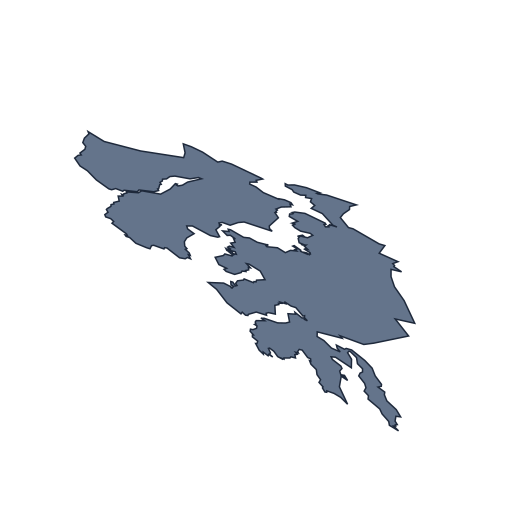 Lenvik nor, Troms, Norway, rotated 207°
{"feature_id": "86288312B95435650072468", "entity_name": "Lenvik nor", "entity_type": "district", "adm_level": 2, "iso_a3": "NOR", "parent_name": "Norway", "parent_adm1": "Troms", "projection": "equal_earth", "projection_center": [17.855, 69.38], "detail": "fine", "context": "isolated", "style": "filled", "palette": "slate", "viewbox_px": 512, "rotation_deg": 207, "n_neighbors": 0, "source": "geoboundaries", "source_scale": "gbopen_adm2", "svg_char_len": 6146}
<svg xmlns="http://www.w3.org/2000/svg" viewBox="0 0 512 512"><g transform="rotate(207 256 256)"><path d="M189.8,347.1L220.7,342.4L228.9,339.4L230.2,339.4L227.7,341.3L242.0,339.8L253.9,336.8L259.9,333.7L262.8,333.7L261.6,331.6L253.9,331.5L251.4,330.1L243.9,330.5L239.2,332.7L238.4,330.6L232.5,332.4L232.1,329.0L226.6,327.7L228.4,323.5L216.1,323.9L201.4,318.3L197.0,318.6L205.4,317.2L203.6,317.0L205.4,315.8L204.4,315.0L207.4,313.5L209.7,314.9L208.1,315.9L209.2,316.7L231.7,316.2L241.4,312.8L243.2,311.4L242.1,311.5L242.3,310.3L245.1,308.7L244.3,306.3L234.6,305.8L238.6,301.8L235.6,302.6L237.6,301.6L236.0,301.5L237.4,300.0L234.3,298.9L227.5,298.4L218.0,300.8L214.8,300.2L218.3,295.7L223.5,294.4L222.5,295.4L224.0,295.7L228.0,292.5L225.9,293.0L226.4,290.8L223.6,287.4L220.0,287.7L220.7,287.1L219.8,286.8L216.4,288.4L217.3,286.7L213.0,285.4L214.4,285.0L213.4,284.3L215.1,284.5L215.9,284.3L216.0,284.1L209.3,283.5L208.5,282.6L210.1,281.7L208.8,281.6L208.3,281.3L212.1,281.8L213.3,281.5L211.5,281.0L211.4,280.9L218.4,280.4L218.7,281.4L226.7,282.6L227.7,281.5L223.3,281.2L222.7,280.4L224.2,279.4L222.1,278.9L227.8,276.7L231.4,272.3L240.6,273.1L250.5,269.2L251.8,269.7L250.4,271.0L250.5,271.3L251.0,271.4L251.3,271.4L250.5,271.2L261.2,268.8L270.0,269.1L275.5,267.0L290.6,267.8L292.9,267.2L291.1,265.6L297.1,263.2L291.0,261.2L288.3,262.8L282.1,261.9L284.0,261.4L280.8,258.7L284.4,256.0L279.5,253.7L284.2,252.7L285.3,251.0L281.2,250.6L283.8,249.6L282.9,248.9L276.5,250.4L274.3,248.6L276.7,247.9L275.8,246.9L278.7,248.4L286.1,248.9L284.5,247.7L280.7,248.1L281.7,247.3L277.0,246.3L277.7,245.5L276.7,245.3L284.7,243.7L285.3,241.6L291.8,236.3L285.2,231.5L276.6,231.7L278.5,229.6L275.6,228.7L266.7,229.9L261.7,234.5L261.6,236.2L257.9,237.6L258.7,238.3L256.2,240.3L257.7,242.5L257.3,242.7L256.7,242.5L255.6,242.9L261.1,244.9L258.7,245.6L245.4,244.5L237.2,239.0L244.6,234.7L244.2,233.0L246.2,232.3L246.2,231.1L256.2,230.2L256.2,228.9L261.2,225.5L261.7,222.4L259.5,221.1L260.7,220.0L264.8,222.2L266.9,221.8L265.2,219.0L262.0,218.6L262.7,217.2L263.9,216.6L262.6,216.7L262.1,216.5L263.8,216.5L264.5,217.2L272.5,217.2L286.6,210.7L276.0,208.4L260.6,201.1L243.1,197.6L242.8,199.7L238.5,198.5L236.2,199.3L236.3,200.6L230.3,206.2L219.7,208.0L221.0,209.5L219.2,211.2L212.4,213.0L216.8,220.6L213.6,223.1L214.6,224.1L211.9,225.4L213.4,225.9L206.5,227.2L209.0,227.2L208.1,227.5L210.0,228.2L202.1,227.3L197.1,228.1L186.9,223.8L185.6,224.9L184.8,223.0L180.8,221.6L184.2,221.5L184.8,222.9L186.7,221.7L195.7,223.5L194.4,222.1L201.3,219.1L196.1,212.4L199.2,209.7L206.4,206.2L220.7,204.2L220.7,203.3L221.7,203.5L222.4,203.4L221.9,203.4L222.9,203.1L222.9,202.9L218.9,202.3L226.5,198.5L226.7,196.8L225.2,195.4L226.2,194.4L223.3,194.1L222.7,191.8L225.3,189.0L227.7,188.3L227.1,186.3L222.4,184.5L223.3,183.9L222.5,182.3L215.8,180.9L215.4,178.4L216.6,177.9L210.4,173.5L204.9,171.9L206.0,173.7L199.9,172.6L200.0,174.1L195.2,173.6L199.6,174.7L199.1,176.2L203.0,179.3L202.1,180.1L196.8,179.2L191.0,176.2L184.8,176.1L185.9,176.6L184.2,176.8L184.8,177.8L179.5,180.5L179.1,182.0L174.5,183.1L176.6,185.7L174.6,187.1L177.0,188.2L174.2,188.8L175.5,189.7L175.1,192.4L172.1,193.1L163.9,189.0L160.7,189.2L159.4,187.1L160.7,187.0L157.9,184.5L150.7,182.2L147.8,178.0L142.3,175.1L142.5,172.0L136.9,169.8L136.9,168.6L132.8,166.1L131.1,166.7L131.7,168.0L124.1,169.0L116.4,168.5L107.1,165.5L122.3,177.3L125.5,187.6L117.9,186.7L123.0,189.8L125.3,189.1L123.2,188.1L125.8,187.9L129.2,191.5L128.3,194.8L130.5,196.5L141.0,198.5L143.3,200.3L139.2,201.9L120.3,199.7L124.0,207.4L130.5,211.4L130.0,213.4L128.4,213.6L120.3,211.1L116.7,206.1L109.9,203.9L108.4,201.0L110.1,198.9L110.0,195.8L101.4,191.8L98.2,188.5L98.3,184.7L92.4,182.6L91.2,179.4L76.3,175.9L71.9,172.5L62.6,168.8L60.3,165.7L49.6,164.9L56.2,167.0L54.3,167.9L55.2,168.8L53.6,169.9L57.1,172.0L58.6,176.7L54.1,178.3L61.3,182.8L73.6,186.3L78.6,190.6L79.5,193.2L87.8,194.6L85.2,196.8L85.9,198.6L95.4,203.3L101.6,208.8L111.6,212.3L128.1,215.7L133.7,214.6L134.8,213.1L143.9,213.1L141.8,210.7L137.4,208.8L146.9,208.2L157.2,211.5L165.0,212.0L167.0,216.2L141.9,221.8L144.9,223.1L119.8,226.1L111.5,231.8L83.7,254.0L103.4,263.1L84.0,268.1L103.8,283.5L118.6,291.4L126.3,298.9L129.6,305.4L119.1,308.0L128.3,309.1L128.2,310.4L130.7,311.3L126.9,315.4L147.5,314.4L145.9,323.8L151.7,322.7L181.9,324.3L186.5,323.3L198.3,328.5L197.3,333.3L193.8,339.8L195.0,342.6L189.8,347.1ZM462.1,290.6L460.3,289.0L462.4,283.1L461.8,278.4L457.5,276.4L456.9,273.4L459.6,267.8L457.6,266.7L460.2,264.9L462.0,260.9L453.6,256.3L444.9,255.4L432.8,251.3L417.6,249.0L414.7,249.5L411.6,252.4L404.1,253.2L403.4,254.7L390.9,259.4L390.3,261.7L376.3,266.8L372.5,270.1L374.1,271.1L373.3,271.8L374.2,275.8L373.0,276.8L375.0,278.0L373.5,280.3L374.2,282.0L370.7,284.1L368.8,287.7L364.5,290.4L349.8,294.8L342.9,299.8L339.5,300.1L350.5,290.8L353.7,285.7L357.3,283.0L359.1,283.1L358.7,284.3L360.7,283.9L362.9,276.6L369.1,267.8L387.4,262.2L389.4,259.0L400.5,254.3L399.7,253.5L402.0,251.5L401.8,250.2L403.7,250.0L402.0,248.8L406.0,246.8L402.8,242.8L407.1,239.1L406.2,237.9L408.5,236.0L407.8,234.3L410.1,230.7L410.4,229.5L407.7,227.8L409.5,224.2L407.7,222.6L402.5,223.3L398.5,222.2L399.2,219.8L381.4,216.9L380.1,216.0L382.2,215.3L380.6,214.5L377.0,215.1L368.8,212.8L357.3,213.7L353.7,214.3L353.8,217.8L352.0,219.1L341.2,220.5L341.3,221.9L339.0,222.7L323.3,219.7L317.8,221.4L316.5,223.5L313.1,223.8L316.8,226.4L314.9,226.7L316.9,228.4L322.0,229.9L320.9,231.2L323.9,232.4L326.3,236.2L325.9,240.7L321.3,247.8L329.2,249.1L331.4,251.3L326.3,253.9L305.9,253.5L298.6,255.4L297.2,256.7L303.7,261.2L301.6,266.0L302.5,266.7L300.4,268.3L302.7,267.5L304.0,268.6L301.3,270.6L293.0,271.7L287.1,277.7L282.0,280.9L252.8,285.4L256.5,286.6L257.8,288.8L253.4,300.2L258.8,303.2L257.6,304.2L258.6,304.7L257.8,306.6L259.5,306.9L255.7,311.1L247.2,315.7L249.2,317.6L246.8,318.2L249.1,319.4L256.1,319.0L262.3,317.2L260.6,317.1L261.3,316.9L278.3,315.8L287.3,317.5L294.3,317.2L295.0,319.0L288.7,322.3L290.2,323.5L285.0,327.6L286.5,327.7L319.5,326.8L329.2,325.2L332.7,322.3L350.7,324.3L363.1,324.0L371.7,322.9L366.0,315.7L365.1,310.8L406.5,297.2L443.3,289.1L462.1,290.6Z" fill="#64748b" stroke="#1e293b" stroke-width="1.5"/></g></svg>